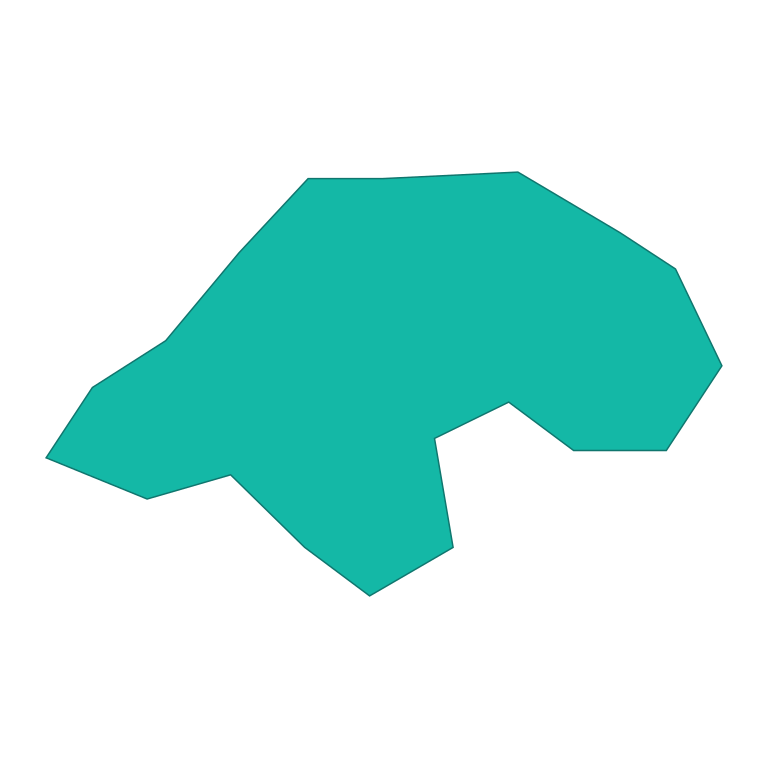 the border of Novo Brdo
{"feature_id": "KOS-5906", "entity_name": "Novo Brdo", "entity_type": "District", "adm_level": 1, "iso_a3": "XKX", "parent_name": "Kosovo", "parent_adm1": "", "projection": "equal_earth", "projection_center": [21.392, 42.572], "detail": "fine", "context": "isolated", "style": "filled", "palette": "teal", "viewbox_px": 768, "rotation_deg": 0, "n_neighbors": 0, "source": "natural_earth", "source_scale": "10m", "svg_char_len": 370}
<svg xmlns="http://www.w3.org/2000/svg" viewBox="0 0 768 768"><path d="M573.6,450.5L508.7,402.1L434.5,438.4L453.1,547.4L369.6,595.9L304.7,547.4L230.6,474.8L147.1,499.0L46.1,457.8L92.4,387.5L165.7,340.7L239.0,252.8L308.1,178.6L382.8,178.6L517.9,172.1L619.9,232.6L675.5,269.0L721.9,365.8L666.3,450.5L573.6,450.5Z" fill="#14b8a6" stroke="#0f766e" stroke-width="1.5"/></svg>